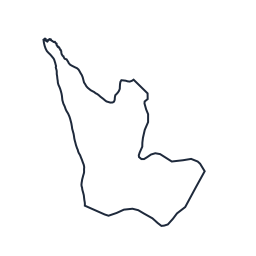 outline of Mongoumba, Lobaye, Central African Republic, rotated 170°
{"feature_id": "33826404B21321520993489", "entity_name": "Mongoumba", "entity_type": "district", "adm_level": 2, "iso_a3": "CAF", "parent_name": "Central African Republic", "parent_adm1": "Lobaye", "projection": "robinson", "projection_center": [18.556, 3.707], "detail": "fine", "context": "isolated", "style": "outline", "palette": "slate", "viewbox_px": 256, "rotation_deg": 170, "n_neighbors": 0, "source": "geoboundaries", "source_scale": "gbopen_adm2", "svg_char_len": 3498}
<svg xmlns="http://www.w3.org/2000/svg" viewBox="0 0 256 256"><g transform="rotate(170 128 128)"><path d="M154.0,46.3L146.2,48.3L137.6,47.7L132.2,45.3L127.3,41.1L119.6,34.8L115.3,29.3L112.1,25.8L109.3,25.6L105.5,26.1L99.5,30.8L94.6,35.4L85.4,40.2L71.5,57.8L60.0,72.1L63.2,80.3L65.2,82.9L71.2,86.6L79.4,86.7L90.7,87.4L100.9,96.7L105.5,98.4L109.9,97.9L114.1,96.0L117.6,94.6L120.2,95.1L122.2,97.5L122.1,99.3L120.7,101.9L117.2,107.1L116.4,111.1L115.0,115.7L111.8,123.3L107.2,130.3L105.8,138.1L106.9,143.2L107.5,149.3L107.0,151.2L103.6,153.1L102.7,158.7L114.1,174.6L115.9,173.8L118.2,173.4L120.2,174.0L122.1,175.0L124.1,175.6L126.2,176.2L127.5,174.7L128.2,172.7L128.8,170.3L129.3,168.0L130.4,166.2L131.7,164.8L133.2,163.6L134.8,162.5L135.6,160.5L136.2,158.1L137.2,156.4L138.7,155.8L141.0,156.1L142.8,157.0L144.6,157.9L146.0,159.4L147.2,160.9L148.5,162.3L149.8,163.7L151.0,165.3L152.3,166.7L153.9,167.9L155.1,169.3L156.7,170.5L158.2,171.7L159.5,173.2L160.7,174.6L161.8,176.4L162.5,178.4L163.4,180.5L163.6,183.1L163.8,185.7L164.3,188.1L165.1,190.1L165.8,192.2L166.6,194.2L167.9,195.8L169.4,196.8L171.0,198.0L172.6,199.2L174.0,200.4L175.1,202.2L175.4,203.4L175.5,203.7L175.9,204.6L176.6,206.3L177.7,206.8L178.2,207.1L178.5,207.5L179.0,208.9L179.1,209.8L179.4,210.0L179.8,210.4L180.3,211.7L180.5,212.2L180.6,213.8L180.4,215.2L180.6,215.9L180.7,216.2L180.8,216.4L181.0,216.4L181.1,216.6L181.1,216.8L180.9,216.9L181.1,217.3L181.3,217.5L181.6,218.1L181.6,218.5L181.7,219.0L182.2,219.8L182.5,220.1L182.7,219.9L182.8,219.8L183.0,220.0L183.2,220.4L183.1,220.8L183.3,221.1L183.6,221.4L183.8,221.7L183.7,221.9L183.8,222.2L183.8,222.6L183.8,222.9L183.9,223.0L183.8,223.3L183.7,223.4L183.8,223.7L184.1,223.9L184.5,224.2L184.7,224.6L184.8,225.0L184.9,225.3L185.1,225.6L185.4,225.6L185.7,225.5L186.2,225.6L186.6,225.9L187.0,226.4L187.4,226.9L188.1,227.2L188.4,227.9L188.5,228.3L188.8,228.2L189.2,228.2L189.3,228.6L189.3,229.0L189.8,229.2L190.0,229.1L190.4,228.9L190.7,228.8L191.0,228.6L191.1,228.4L191.3,228.2L191.5,228.0L191.9,227.9L192.0,228.0L192.1,227.7L192.3,227.4L192.3,227.2L192.5,227.1L192.7,227.3L192.7,227.5L193.0,227.6L193.4,227.9L193.6,228.1L193.8,228.4L194.1,228.8L194.3,228.9L194.3,229.2L194.4,229.4L194.0,229.8L193.8,229.7L193.7,229.6L193.6,229.8L193.7,230.1L194.0,230.3L194.3,229.9L194.5,230.0L194.6,230.3L194.9,230.2L195.0,230.1L194.9,230.0L194.6,229.8L194.6,229.7L195.0,229.6L195.9,229.5L196.0,226.7L195.9,224.7L195.8,223.2L195.6,222.1L195.4,220.7L194.9,219.0L194.5,217.8L193.5,216.2L192.8,215.2L191.9,214.0L191.1,212.7L189.2,209.3L188.8,207.9L188.6,206.2L188.4,204.9L188.3,203.3L188.1,201.4L188.6,200.4L188.5,198.9L188.3,197.1L188.4,195.7L188.8,193.5L188.8,191.4L189.0,188.6L189.0,186.9L189.2,184.7L189.0,182.6L188.4,180.3L188.0,178.3L187.7,175.9L187.5,173.3L187.5,171.0L187.8,166.8L187.6,165.0L187.4,163.1L186.9,161.4L186.5,159.7L186.2,157.7L186.0,156.8L185.5,155.1L184.9,153.7L184.4,152.3L183.7,149.4L183.4,147.3L183.0,142.5L183.0,139.2L183.1,137.0L182.9,134.9L182.6,131.8L182.6,129.2L182.7,127.2L182.6,124.9L182.4,122.9L182.2,120.2L181.7,116.9L181.3,115.4L181.2,113.9L181.1,113.3L180.9,112.2L180.5,111.1L179.9,109.5L179.4,106.9L178.9,104.7L178.5,102.2L178.0,99.7L177.9,98.0L178.0,96.7L178.4,95.3L178.9,92.2L179.4,90.9L179.9,89.9L180.6,88.5L180.9,87.8L182.1,85.2L182.6,83.7L183.2,82.0L183.7,80.2L183.8,78.8L183.6,77.2L183.7,75.6L183.6,74.1L183.4,72.2L183.2,69.5L183.5,64.7L183.5,62.2L183.7,60.4L184.0,59.0L166.0,46.9L162.4,45.0L154.0,46.3Z" fill="none" stroke="#1e293b" stroke-width="2"/></g></svg>